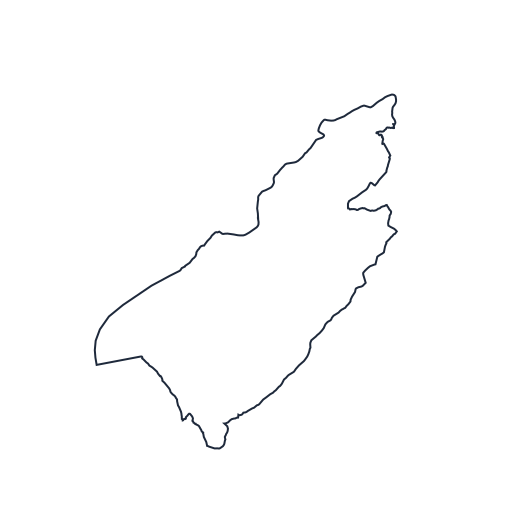 the district of Tota, Boyacá, Colombia, rotated 198°
{"feature_id": "7082276B21893770290746", "entity_name": "Tota", "entity_type": "district", "adm_level": 2, "iso_a3": "COL", "parent_name": "Colombia", "parent_adm1": "Boyacá", "projection": "mercator", "projection_center": [-73.015, 5.476], "detail": "fine", "context": "isolated", "style": "outline", "palette": "slate", "viewbox_px": 512, "rotation_deg": 198, "n_neighbors": 0, "source": "geoboundaries", "source_scale": "gbopen_adm2", "svg_char_len": 6053}
<svg xmlns="http://www.w3.org/2000/svg" viewBox="0 0 512 512"><g transform="rotate(198 256 256)"><path d="M243.8,60.3L243.3,60.4L241.7,60.2L235.9,60.2L233.4,61.1L231.6,61.5L230.8,62.1L228.7,64.9L228.2,66.5L228.1,67.6L228.5,70.7L228.5,71.6L228.4,71.9L229.7,74.2L229.7,75.0L229.4,75.9L229.4,77.4L229.0,78.9L228.9,79.7L228.9,80.9L229.3,83.1L230.7,85.2L234.3,86.9L233.3,87.3L231.2,89.1L229.8,91.8L228.7,93.3L226.7,94.6L225.5,95.1L224.3,96.3L223.1,96.8L223.7,99.6L222.9,99.4L222.2,99.6L220.9,100.4L220.3,101.0L220.0,101.7L219.6,103.1L217.7,104.0L216.8,104.8L215.9,106.1L212.5,109.9L211.0,111.1L209.0,114.3L207.7,115.2L207.1,116.1L204.8,121.7L202.6,124.7L199.7,129.0L197.6,131.2L196.8,132.9L195.7,134.4L193.8,138.8L193.0,139.7L192.3,141.4L191.9,142.7L191.2,147.2L189.8,149.4L188.7,152.0L188.1,153.0L184.6,157.1L184.1,157.8L183.2,160.9L181.3,165.3L178.0,170.8L177.3,172.7L176.2,176.2L175.9,178.6L175.8,181.7L176.1,184.3L175.9,185.6L177.2,188.9L177.5,190.4L177.3,193.0L174.2,197.9L173.4,199.6L171.7,202.3L170.3,205.4L169.3,208.3L168.9,212.4L167.9,214.7L167.3,215.7L165.3,217.8L164.9,218.8L164.7,220.8L163.8,223.2L159.9,227.8L159.2,229.5L157.8,231.6L157.1,232.2L156.0,233.5L155.1,234.3L154.5,236.3L153.2,238.8L152.1,241.9L152.5,243.7L152.1,247.0L150.7,252.4L151.0,255.2L150.8,256.1L149.0,257.9L146.5,259.4L145.4,260.4L143.4,264.4L147.9,270.9L148.6,272.2L148.8,273.3L147.7,275.9L145.8,279.4L144.4,281.5L140.8,284.4L139.8,285.0L140.4,292.8L139.7,293.8L137.9,296.0L136.5,297.5L135.5,299.0L136.2,304.8L136.1,307.0L135.9,308.4L136.4,309.3L134.0,313.9L133.6,315.3L132.6,316.8L131.9,318.7L131.4,319.5L130.6,320.1L129.7,322.9L130.8,323.6L132.8,324.5L133.6,324.7L136.9,325.2L139.5,325.8L140.5,328.0L140.9,330.8L140.8,332.0L141.0,334.2L141.4,335.6L141.3,336.3L140.9,337.6L141.0,339.1L141.2,339.9L142.1,340.7L143.6,341.5L145.6,343.4L146.2,343.7L147.4,344.9L148.3,344.4L149.1,343.3L151.1,342.1L152.5,340.7L152.7,340.0L153.4,339.3L154.4,338.8L154.9,337.8L155.6,337.2L156.1,336.5L158.0,335.4L159.6,335.2L160.9,334.3L164.7,334.4L167.5,335.0L168.1,334.6L169.4,334.6L170.0,334.1L170.5,334.0L172.4,332.6L173.1,331.6L174.0,331.0L174.5,330.9L175.1,331.1L176.2,331.1L177.7,330.8L178.6,330.4L179.6,330.2L180.0,329.8L180.4,329.8L181.0,329.3L181.8,329.8L182.3,329.9L183.1,329.7L183.4,330.2L184.7,334.2L184.5,336.9L181.9,340.3L180.1,341.9L178.5,343.8L174.7,349.4L171.9,352.9L171.1,354.5L170.5,357.3L170.2,359.6L169.9,360.7L169.6,361.1L168.4,361.1L165.4,359.9L164.6,359.9L163.1,363.6L162.7,365.4L162.1,367.1L158.1,375.9L158.0,376.4L158.3,377.4L158.5,380.1L158.4,382.3L158.6,383.2L158.7,389.2L158.9,390.2L159.2,390.6L159.8,390.7L159.9,390.9L159.3,393.0L161.7,395.6L162.8,396.4L164.6,398.3L168.9,402.2L169.3,402.4L169.6,402.4L170.1,401.8L170.4,401.6L170.6,401.8L171.1,404.8L171.1,406.2L171.3,406.7L172.0,407.5L172.2,408.0L172.8,407.8L173.2,408.4L173.3,409.2L173.9,409.8L174.3,410.0L174.8,410.0L175.6,409.1L175.9,409.0L176.2,409.0L177.0,409.7L178.1,410.5L179.0,410.1L179.4,410.1L179.5,410.3L179.4,410.9L179.1,411.1L176.5,412.8L174.6,413.2L173.6,413.7L172.9,414.5L172.6,415.5L171.7,416.7L171.5,417.9L171.2,418.5L170.6,418.9L169.7,418.9L169.2,419.3L167.3,419.4L166.6,419.9L165.3,420.0L164.5,420.2L164.3,420.3L164.5,421.1L165.1,421.5L164.9,422.9L165.0,423.2L165.3,423.4L166.2,423.6L166.3,423.8L165.0,424.2L164.7,424.5L164.6,425.1L164.7,426.0L165.3,427.1L166.5,428.5L168.4,429.9L169.5,431.0L170.3,432.5L170.6,434.1L171.2,435.5L171.9,439.2L171.8,440.2L170.8,443.0L170.5,444.5L170.6,446.4L171.2,448.2L172.5,450.7L173.0,451.2L174.3,451.8L175.6,451.8L176.9,451.4L180.3,448.8L182.3,446.9L184.1,444.3L186.7,441.5L188.5,439.1L191.1,434.8L192.5,433.2L193.2,432.7L194.3,432.6L199.4,432.5L200.2,432.2L202.4,430.5L205.0,427.7L207.6,425.4L209.4,423.5L211.1,421.3L212.7,419.5L215.2,416.2L221.5,411.0L222.7,409.7L224.5,408.6L226.5,407.9L230.0,407.2L232.5,407.0L233.2,406.6L233.7,405.8L234.9,403.1L235.5,400.1L235.7,396.8L235.5,394.7L235.1,394.0L234.8,393.8L232.9,393.1L229.5,392.5L228.8,392.0L228.5,391.6L228.5,390.9L229.1,389.6L229.9,388.7L233.0,386.5L234.7,385.0L237.5,375.5L238.5,373.8L240.0,370.0L241.1,368.9L242.3,364.8L245.4,359.5L247.1,357.7L248.5,356.8L255.2,353.4L256.4,352.3L256.8,351.6L257.7,349.4L258.5,348.0L258.7,347.4L259.6,345.5L261.3,340.8L263.0,338.6L263.3,335.5L262.8,334.1L261.8,332.0L261.6,331.1L261.8,329.0L262.2,327.2L262.8,326.0L263.8,324.9L266.8,321.9L268.2,320.7L268.7,320.4L270.1,319.1L271.9,314.6L272.2,313.6L272.1,312.5L271.4,310.5L271.0,308.1L269.6,301.6L267.4,297.1L265.7,292.7L265.9,292.7L265.8,292.4L264.0,289.0L263.4,286.7L263.5,285.3L264.2,283.5L269.6,276.3L272.5,273.1L273.5,272.3L274.6,271.6L277.7,270.6L279.9,270.1L283.9,269.6L290.0,268.5L292.4,267.6L293.6,267.0L294.6,266.7L295.0,266.7L296.1,267.1L298.5,267.8L299.8,266.6L301.1,266.4L302.0,265.8L304.3,261.7L304.9,259.2L306.9,255.2L308.3,251.0L308.5,249.9L308.9,249.7L309.7,249.5L311.2,248.4L312.1,246.8L312.3,245.5L313.2,243.6L313.8,241.1L313.4,239.2L313.5,237.0L314.4,235.0L315.4,233.6L317.0,229.0L320.2,224.9L320.4,224.5L320.3,224.1L322.9,221.5L323.4,219.4L324.0,218.3L331.8,210.6L346.2,195.5L367.3,168.4L377.2,153.0L381.8,138.0L382.3,125.9L380.2,116.6L377.3,109.7L373.9,103.2L334.9,124.6L334.0,125.0L333.4,125.0L332.8,124.5L332.6,123.4L330.9,122.8L327.3,120.9L325.4,120.3L323.5,118.8L321.6,118.4L319.9,117.9L314.4,115.4L312.9,113.9L310.2,112.1L309.7,112.4L308.5,111.5L307.0,109.8L306.5,108.4L303.9,107.2L297.6,103.2L296.2,101.8L295.6,100.7L294.9,100.0L292.6,98.7L290.3,97.9L289.1,97.1L288.1,96.1L286.8,95.2L286.1,93.4L284.0,89.8L282.5,88.5L279.2,84.7L278.2,83.0L277.6,81.6L277.0,80.6L276.8,79.7L276.3,78.8L276.2,78.1L275.2,77.7L274.9,77.0L274.5,77.3L274.4,78.2L274.2,78.6L273.7,79.0L273.1,79.0L272.6,79.4L272.5,79.9L272.8,80.8L272.8,81.2L271.9,82.9L271.4,84.4L270.9,85.3L270.3,85.5L269.8,85.4L267.2,83.7L266.2,82.6L265.7,81.8L265.6,79.8L265.4,79.4L264.7,79.3L264.0,78.2L263.1,78.1L262.4,77.6L261.6,77.8L261.4,77.4L261.0,77.3L259.1,77.1L257.8,76.7L256.0,75.1L255.8,74.8L254.6,73.9L253.3,72.3L251.7,71.8L251.7,71.1L251.2,70.6L249.7,67.8L245.8,63.7L243.8,60.3Z" fill="none" stroke="#1e293b" stroke-width="2"/></g></svg>